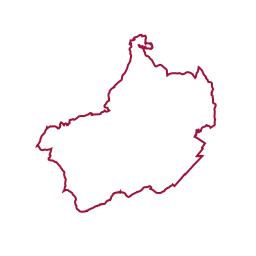 the district of Bodoc, Covasna, Romania, rotated 286°
{"feature_id": "2599482B10512922850096", "entity_name": "Bodoc", "entity_type": "district", "adm_level": 2, "iso_a3": "ROU", "parent_name": "Romania", "parent_adm1": "Covasna", "projection": "mercator", "projection_center": [25.837, 45.981], "detail": "fine", "context": "isolated", "style": "outline", "palette": "rose", "viewbox_px": 256, "rotation_deg": 286, "n_neighbors": 0, "source": "geoboundaries", "source_scale": "gbopen_adm2", "svg_char_len": 5787}
<svg xmlns="http://www.w3.org/2000/svg" viewBox="0 0 256 256"><g transform="rotate(286 128 128)"><path d="M221.5,119.3L220.9,117.8L219.9,116.4L220.5,115.5L221.2,115.3L220.7,113.8L218.0,111.4L217.2,109.8L216.5,109.2L215.5,108.8L215.4,109.7L214.9,110.0L214.1,109.4L213.0,107.0L212.9,106.3L211.0,106.7L210.5,106.4L209.5,106.5L210.0,107.2L210.0,107.7L209.4,107.7L208.8,107.3L208.5,108.2L207.1,108.9L205.3,107.9L204.1,107.7L203.7,107.8L203.5,108.3L202.6,109.1L199.8,109.8L199.0,110.9L196.6,111.4L195.3,111.3L194.2,111.6L192.6,111.7L188.7,110.7L184.9,110.7L181.2,110.1L179.7,109.7L177.6,108.4L176.3,108.2L173.2,108.6L172.0,108.3L169.8,106.5L165.1,103.7L162.8,102.7L162.8,102.9L161.4,101.5L159.1,100.4L158.1,100.2L157.5,100.4L155.9,100.2L155.6,100.0L154.5,100.1L153.4,100.4L151.7,101.4L149.2,102.3L147.4,100.7L145.3,100.2L143.1,99.2L141.7,99.7L141.6,101.1L141.7,102.7L140.7,103.5L139.6,105.2L138.3,103.9L137.7,102.8L137.9,102.1L137.9,101.5L138.4,100.9L138.4,100.7L136.9,100.1L135.7,98.2L135.0,97.8L134.2,97.9L133.3,96.6L131.8,92.0L130.5,89.7L130.6,89.3L131.4,89.7L131.8,89.6L132.1,88.3L132.0,87.5L130.1,86.1L128.9,84.4L127.5,82.8L127.1,81.8L126.4,79.0L125.5,77.4L123.7,76.4L121.5,74.5L121.0,73.6L121.4,72.8L119.9,70.7L120.0,70.2L119.5,69.8L118.8,70.0L117.8,70.0L116.8,70.5L116.4,70.5L115.9,69.7L114.7,69.7L113.9,68.6L115.1,67.8L115.3,67.2L115.2,66.9L114.4,66.0L113.0,65.7L113.3,65.1L113.9,64.7L114.9,62.7L114.9,62.1L114.0,61.8L112.6,61.7L111.8,62.3L111.0,62.1L110.5,62.4L110.0,62.3L109.4,61.7L108.8,61.8L108.2,60.6L109.3,59.2L109.4,56.9L108.7,54.9L108.3,54.1L108.2,52.8L105.8,50.8L106.4,49.9L104.5,50.0L103.9,49.6L102.8,49.4L101.3,49.4L100.0,49.0L96.5,47.2L93.5,46.9L91.6,47.1L90.4,47.0L87.4,46.2L86.5,45.6L86.0,45.5L85.5,45.5L85.9,45.9L86.1,46.7L83.4,49.6L83.0,50.8L83.1,51.7L83.8,53.1L84.4,53.9L84.5,56.0L85.6,57.9L86.1,59.1L86.9,60.0L83.5,60.2L80.6,60.0L80.2,61.1L79.6,61.1L77.9,60.9L77.7,60.5L77.1,60.0L75.7,60.5L75.5,62.4L75.9,64.1L75.9,65.5L75.2,67.2L75.4,68.3L75.2,68.5L75.0,69.4L73.6,71.2L72.4,73.4L71.1,74.5L70.6,75.5L70.1,75.8L68.8,77.6L68.5,78.5L67.7,79.1L65.8,79.3L62.7,81.1L62.3,81.8L61.3,82.4L59.0,82.6L56.6,83.1L55.1,84.0L53.7,83.5L51.7,83.9L49.6,83.6L51.4,85.3L51.7,87.9L51.0,89.0L50.6,90.9L50.1,92.2L48.8,93.3L48.2,94.8L46.2,97.2L44.7,97.7L43.2,97.3L42.0,97.6L39.7,98.8L39.2,99.8L37.3,100.3L36.0,101.3L35.6,103.0L35.1,103.4L34.6,104.8L34.7,106.7L35.3,107.8L35.5,109.1L36.0,109.7L36.2,110.3L37.0,110.7L37.0,110.9L36.8,111.3L37.0,111.8L38.4,112.5L39.2,113.4L39.3,113.8L39.7,114.0L40.6,114.9L41.1,115.9L44.4,119.1L44.5,119.4L44.4,119.9L44.8,120.3L45.4,120.6L45.9,122.0L47.0,122.2L47.2,123.3L47.8,123.9L47.7,124.5L48.1,125.0L48.7,126.6L51.3,127.5L51.6,127.9L52.5,128.2L52.8,129.0L53.8,130.0L53.9,130.7L54.7,130.7L55.2,131.0L57.7,131.0L58.1,131.4L60.4,131.9L60.7,132.4L61.3,132.4L61.7,132.7L62.3,134.1L62.9,134.7L62.8,135.0L62.9,135.5L63.7,136.5L63.5,137.1L63.9,137.2L63.8,137.4L63.9,137.8L64.3,138.0L64.1,138.4L64.6,138.4L64.2,138.7L64.6,139.8L64.4,140.7L64.6,141.0L64.7,141.9L64.1,143.6L63.2,144.1L62.0,146.0L61.9,147.6L62.8,148.7L65.2,150.3L68.7,154.2L68.9,154.2L69.7,155.7L71.3,157.5L72.5,158.4L75.1,159.5L75.5,160.1L76.8,163.2L78.1,164.9L77.4,166.7L75.6,166.2L75.6,167.2L75.8,167.4L75.4,168.0L75.0,169.7L73.6,172.9L73.8,174.6L74.3,176.8L75.0,177.7L76.3,178.7L76.5,179.3L77.4,180.3L78.9,180.7L79.8,181.3L81.7,183.0L82.3,184.0L83.5,184.4L85.4,186.5L86.0,186.6L85.0,188.7L93.8,192.9L99.1,195.2L98.9,195.7L108.2,200.3L110.5,201.3L113.8,203.2L121.6,207.2L121.3,205.5L120.3,203.7L119.9,201.9L128.7,205.6L129.4,204.5L134.5,206.3L137.3,197.6L137.9,194.6L138.6,195.0L138.9,194.7L139.4,194.6L140.0,194.9L139.9,195.3L140.2,195.5L141.3,195.3L141.7,195.0L142.1,194.9L142.5,195.3L143.2,195.0L143.3,195.4L143.9,194.8L144.7,194.5L144.8,194.5L144.6,195.5L144.7,195.8L145.9,196.1L145.9,196.4L145.5,196.6L143.5,196.5L143.3,196.8L143.5,197.2L145.1,198.9L146.9,198.7L148.7,199.2L149.2,199.6L151.0,202.0L152.4,202.6L152.5,202.9L151.9,203.8L152.4,205.2L151.5,207.0L151.0,207.3L154.2,210.1L154.9,210.5L155.6,210.4L156.6,209.8L157.9,209.7L158.8,209.4L160.4,209.4L160.9,208.8L162.1,208.2L168.3,206.7L169.8,205.8L173.6,206.2L174.0,206.0L174.9,205.6L175.3,204.4L175.4,203.4L175.9,202.7L176.7,202.3L177.3,202.3L180.0,201.5L180.7,200.9L182.0,200.6L182.4,200.3L182.7,199.4L183.0,199.0L184.5,199.1L184.7,198.6L184.9,198.5L188.6,199.1L189.6,198.5L190.8,197.4L194.0,196.4L194.6,195.7L194.8,195.0L194.6,194.1L194.5,192.5L194.6,192.3L196.3,191.2L196.4,190.7L197.5,189.1L198.3,189.2L199.7,187.0L200.8,185.7L203.6,183.4L205.6,180.0L205.9,179.1L202.5,179.6L201.0,179.5L199.8,178.9L198.0,178.9L196.9,179.2L196.1,179.2L194.7,178.7L195.4,178.0L196.0,176.7L197.4,175.4L197.8,174.3L198.3,172.6L198.1,170.0L197.9,169.4L197.4,168.7L196.1,167.7L195.1,166.5L194.8,165.8L194.6,164.9L195.0,162.3L194.0,160.5L193.7,158.3L192.7,155.2L191.4,152.9L189.3,151.3L191.1,150.5L193.9,149.6L194.8,148.9L197.4,143.2L197.7,142.1L197.5,141.2L196.4,139.7L194.9,138.1L194.9,137.3L195.3,136.6L200.0,132.1L200.2,131.4L201.1,129.7L202.1,128.6L202.4,127.7L202.5,125.5L202.8,125.0L204.1,123.9L205.1,123.7L206.2,122.3L208.3,121.4L208.4,120.4L209.1,119.4L209.0,117.6L209.1,116.9L209.5,116.5L210.6,115.4L210.7,115.5L210.8,115.8L210.1,117.3L210.1,117.8L210.2,118.3L210.0,118.6L210.2,119.0L210.2,119.3L211.6,119.3L210.2,119.5L209.7,120.1L209.9,122.0L210.0,122.3L210.5,122.1L210.5,122.8L209.5,123.2L209.4,123.5L209.7,123.9L209.7,124.8L210.2,125.6L210.2,127.9L210.4,128.4L211.6,128.5L211.6,129.0L212.1,128.8L212.4,129.2L212.7,129.1L214.8,127.9L214.8,127.2L214.5,126.9L214.5,126.7L215.0,126.5L215.7,126.9L215.8,126.8L215.8,126.5L215.1,125.6L215.2,125.1L214.9,124.3L214.7,123.1L215.0,121.7L213.7,121.7L214.0,121.3L214.7,121.0L215.2,121.2L217.8,120.4L219.7,120.5L220.0,120.1L220.3,120.1L221.5,119.3Z" fill="none" stroke="#9f1239" stroke-width="2"/></g></svg>